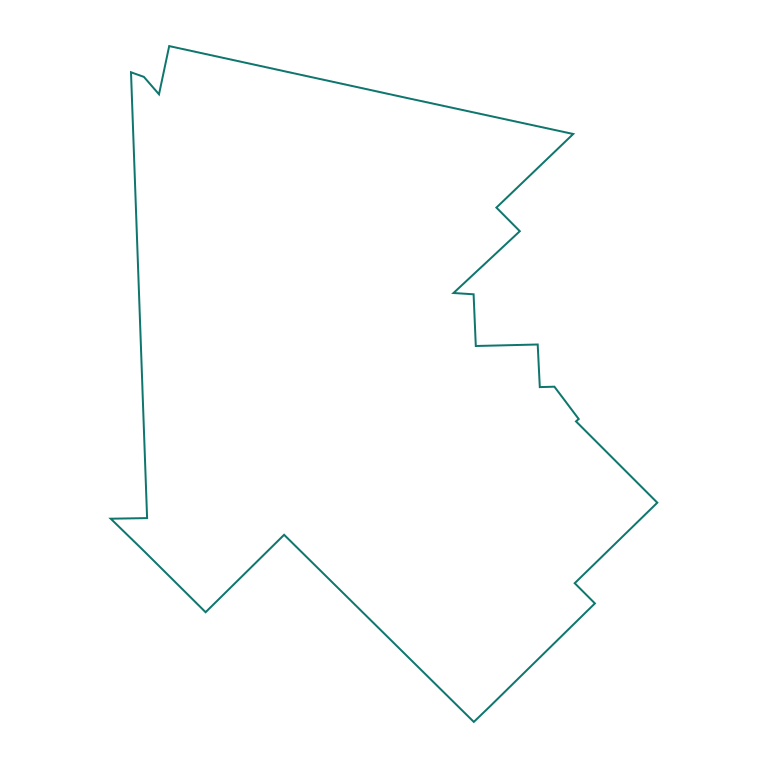 Florentino Ameghino, Buenos Aires, Argentina (Robinson projection)
{"feature_id": "61730980B69896756381715", "entity_name": "Florentino Ameghino", "entity_type": "district", "adm_level": 2, "iso_a3": "ARG", "parent_name": "Argentina", "parent_adm1": "Buenos Aires", "projection": "robinson", "projection_center": [-62.372, -34.887], "detail": "fine", "context": "isolated", "style": "outline", "palette": "teal", "viewbox_px": 768, "rotation_deg": 0, "n_neighbors": 0, "source": "geoboundaries", "source_scale": "gbopen_adm2", "svg_char_len": 469}
<svg xmlns="http://www.w3.org/2000/svg" viewBox="0 0 768 768"><path d="M410.2,98.7L169.2,46.1L159.0,94.3L143.9,76.9L131.0,72.3L142.4,387.1L142.4,387.7L147.1,518.1L110.7,518.7L142.7,549.8L205.6,612.2L284.1,534.8L473.8,721.9L488.8,707.5L594.9,603.4L574.7,583.2L657.3,502.7L576.0,421.4L578.7,419.0L554.4,386.7L539.8,387.1L537.7,344.5L475.8,346.0L473.6,294.3L453.5,293.0L519.8,231.2L496.4,207.6L573.2,134.0L410.2,98.7Z" fill="none" stroke="#0f766e" stroke-width="2"/></svg>